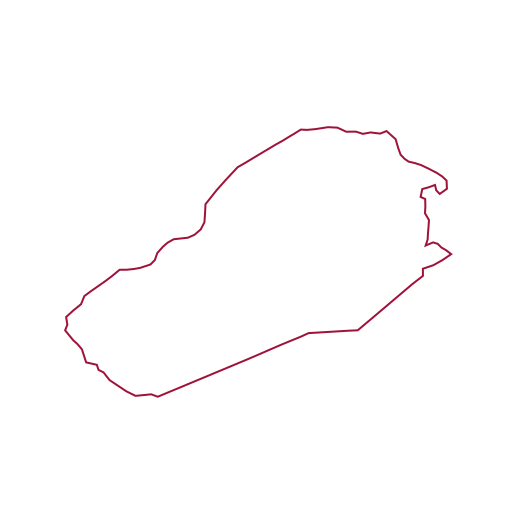 São João, Pernambuco, Brazil, rotated 75°
{"feature_id": "56859067B85962492334697", "entity_name": "São João", "entity_type": "district", "adm_level": 2, "iso_a3": "BRA", "parent_name": "Brazil", "parent_adm1": "Pernambuco", "projection": "equal_earth", "projection_center": [-36.391, -8.885], "detail": "fine", "context": "isolated", "style": "outline", "palette": "rose", "viewbox_px": 512, "rotation_deg": 75, "n_neighbors": 0, "source": "geoboundaries", "source_scale": "gbopen_adm2", "svg_char_len": 1364}
<svg xmlns="http://www.w3.org/2000/svg" viewBox="0 0 512 512"><g transform="rotate(75 256 256)"><path d="M318.4,99.9L311.5,98.1L310.8,87.1L308.1,76.6L304.7,67.0L299.6,70.9L295.7,74.8L291.3,77.3L288.7,81.4L289.8,89.4L284.4,85.9L278.5,84.0L273.3,82.1L266.0,79.6L258.5,81.7L252.0,79.6L244.7,77.8L241.6,81.7L234.4,78.1L234.3,70.9L233.7,64.7L239.2,64.9L243.6,62.5L240.5,54.2L232.5,52.4L227.3,55.6L222.5,59.9L216.3,66.7L210.9,73.0L207.6,78.1L204.3,84.2L200.5,87.4L195.6,90.1L188.5,90.7L179.3,90.9L169.1,97.6L169.9,104.4L166.3,113.4L165.7,121.1L161.7,127.4L159.3,136.7L153.1,144.1L150.2,153.1L148.8,165.9L147.4,174.0L145.5,180.0L147.9,187.8L149.3,192.9L151.5,200.2L153.5,208.2L155.1,213.8L157.2,221.3L163.3,242.5L165.5,250.8L175.0,266.0L182.3,277.1L192.9,291.4L200.8,293.9L210.1,297.1L216.0,302.5L219.6,309.9L220.7,317.1L218.5,331.2L220.3,338.1L222.9,343.4L227.6,350.6L233.7,354.7L236.9,360.2L237.5,371.2L236.9,377.6L235.8,384.4L234.0,391.3L238.1,400.3L241.2,407.9L247.4,424.9L250.3,432.2L257.3,437.5L261.3,446.5L265.8,455.2L273.5,456.0L278.4,459.6L290.2,454.3L294.9,451.2L301.1,448.3L314.8,447.6L319.9,437.9L325.2,437.6L329.0,433.4L338.1,429.5L353.1,416.3L359.9,408.6L362.5,393.0L366.5,387.3L355.9,308.2L353.4,289.7L348.1,253.8L345.5,233.4L344.1,225.2L352.1,186.0L354.1,177.0L344.5,156.5L323.7,112.5L318.4,99.9Z" fill="none" stroke="#9f1239" stroke-width="2"/></g></svg>